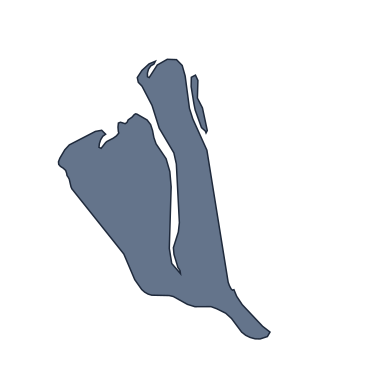 map outline of Bến Tre (Equal Earth projection), rotated 207°
{"feature_id": "VNM-504", "entity_name": "Bến Tre", "entity_type": "Province", "adm_level": 1, "iso_a3": "VNM", "parent_name": "Vietnam", "parent_adm1": "", "projection": "equal_earth", "projection_center": [106.493, 10.078], "detail": "fine", "context": "isolated", "style": "filled", "palette": "slate", "viewbox_px": 384, "rotation_deg": 207, "n_neighbors": 0, "source": "natural_earth", "source_scale": "10m", "svg_char_len": 1629}
<svg xmlns="http://www.w3.org/2000/svg" viewBox="0 0 384 384"><g transform="rotate(207 192 192)"><path d="M206.3,90.5L224.6,105.8L300.5,140.3L302.2,141.7L307.2,147.7L309.1,149.0L310.8,149.9L312.3,151.9L314.4,153.9L317.7,154.8L320.9,155.1L323.3,156.1L324.7,158.3L325.1,162.2L324.5,171.8L322.7,178.3L305.6,202.1L300.5,206.0L295.2,204.3L296.8,201.1L297.1,197.1L296.5,193.1L295.2,189.6L292.8,189.6L291.4,196.8L290.7,198.5L286.6,204.2L284.8,207.7L284.0,211.3L285.2,212.6L287.4,216.2L288.9,220.0L287.4,221.7L282.6,222.5L281.5,224.5L281.6,227.3L279.4,231.5L278.6,234.7L277.8,236.0L276.5,236.4L264.7,235.8L259.5,233.3L255.1,228.9L250.7,223.2L245.9,218.6L230.2,209.9L221.0,200.1L212.9,187.1L186.6,131.4L177.6,119.1L165.2,114.0L166.9,116.4L168.6,117.5L170.2,118.3L179.7,128.2L183.3,133.9L186.0,150.1L189.3,158.9L218.7,209.9L225.9,218.6L250.2,234.0L266.9,251.0L284.6,263.6L289.6,265.3L292.7,269.1L291.8,277.6L288.4,286.7L284.0,291.9L284.0,288.7L286.0,285.6L286.5,281.7L285.7,277.7L284.0,274.5L282.1,274.5L280.6,289.4L274.3,299.0L265.9,302.9L258.2,300.3L250.8,292.3L232.2,265.3L224.4,257.4L197.7,236.0L118.8,128.0L116.1,125.5L113.2,123.4L111.3,122.9L110.3,124.0L104.8,119.3L96.1,114.4L68.2,104.4L58.9,102.6L59.2,97.4L64.6,92.0L69.2,89.8L74.2,88.8L79.1,88.7L84.1,89.7L99.3,97.2L106.9,99.3L117.0,99.2L123.0,98.5L137.4,91.1L145.1,89.8L161.2,90.4L165.3,89.4L181.0,81.8L184.8,81.1L188.7,81.3L192.6,82.3L203.2,87.9L206.3,90.5ZM230.2,271.3L240.6,285.5L244.7,293.9L242.0,297.7L237.4,294.1L229.8,278.1L220.9,271.7L206.3,253.7L206.3,251.0L207.7,252.3L212.8,253.7L226.4,266.5L230.2,271.3Z" fill="#64748b" stroke="#1e293b" stroke-width="1.5"/></g></svg>